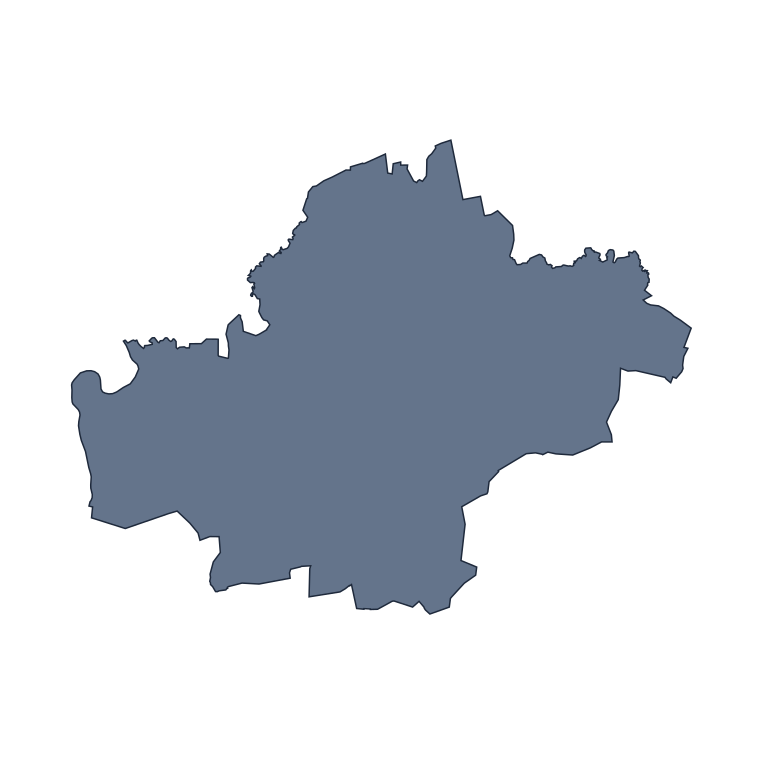 outline of Vārmes pag., Kuldigas, Latvia, rotated 353°
{"feature_id": "27541924B31224104965388", "entity_name": "Vārmes pag.", "entity_type": "district", "adm_level": 2, "iso_a3": "LVA", "parent_name": "Latvia", "parent_adm1": "Kuldigas", "projection": "orthographic", "projection_center": [22.227, 56.858], "detail": "fine", "context": "isolated", "style": "filled", "palette": "slate", "viewbox_px": 768, "rotation_deg": 353, "n_neighbors": 0, "source": "geoboundaries", "source_scale": "gbopen_adm2", "svg_char_len": 6140}
<svg xmlns="http://www.w3.org/2000/svg" viewBox="0 0 768 768"><g transform="rotate(353 384 384)"><path d="M517.9,225.9L511.0,228.9L504.6,229.3L504.1,228.7L502.6,209.5L484.8,210.6L480.1,150.1L469.9,152.1L463.9,154.0L464.1,156.2L459.4,161.3L456.2,163.4L453.9,166.5L452.1,179.0L451.4,182.8L446.9,187.5L444.1,185.6L442.4,186.5L441.0,188.1L438.1,186.1L433.1,173.4L434.1,169.6L427.3,168.8L427.6,165.7L420.0,166.5L417.7,176.5L413.4,175.1L413.4,155.9L391.7,162.7L389.7,162.6L389.6,162.3L377.2,164.4L376.7,167.6L372.3,167.0L357.8,172.3L349.0,175.0L341.0,179.2L337.4,179.4L332.4,184.2L330.7,190.3L329.8,190.8L324.7,201.7L328.6,209.2L326.4,212.9L322.7,213.7L322.2,213.7L321.6,212.7L320.9,212.9L319.4,214.0L319.6,215.2L319.3,215.6L316.6,217.3L316.1,218.4L315.1,218.5L312.7,220.5L311.7,223.4L312.2,224.3L313.5,225.0L313.5,225.5L311.0,227.0L311.5,228.7L311.0,229.6L307.3,228.6L306.6,229.0L306.5,230.0L307.9,232.8L305.9,236.3L304.4,237.6L300.2,238.4L299.4,237.9L298.7,235.7L298.1,235.9L297.8,237.7L296.3,239.3L297.9,240.8L298.0,241.3L297.5,241.9L295.1,240.7L291.0,242.9L290.2,244.6L289.5,244.8L286.0,241.1L283.9,240.6L284.1,242.4L281.9,242.8L280.4,243.7L279.9,244.7L279.6,247.3L279.1,247.9L276.2,248.0L274.9,249.5L276.4,251.7L276.3,252.2L272.1,251.2L270.7,252.3L270.6,253.6L268.0,256.1L266.5,256.1L266.2,254.6L265.5,255.1L264.9,257.9L262.6,259.7L264.9,260.6L264.9,261.0L263.8,261.8L262.0,262.1L261.4,262.6L261.2,264.2L263.7,267.1L266.3,267.2L267.6,267.7L267.8,268.4L267.0,269.0L267.4,272.8L266.8,273.6L265.5,271.4L264.7,272.2L265.4,276.0L265.0,277.0L263.5,277.8L262.6,279.2L262.5,279.8L263.2,280.8L264.1,280.9L264.7,278.9L265.3,278.6L265.9,278.9L266.8,279.6L268.7,283.8L271.0,284.5L270.6,290.2L268.6,296.6L268.9,297.8L270.8,303.1L272.3,305.7L275.8,307.1L277.9,311.3L273.9,315.8L274.0,316.0L266.1,319.4L262.7,320.4L250.8,314.6L250.8,305.0L249.6,300.9L249.9,298.5L248.4,297.6L236.7,306.1L236.3,306.9L233.3,315.3L234.5,324.3L234.2,327.3L234.3,331.3L232.7,339.3L232.0,339.5L223.3,336.2L222.9,335.3L224.9,319.4L224.7,319.3L213.2,317.8L207.7,321.7L196.2,320.4L195.2,324.4L192.1,324.1L190.3,322.8L185.6,322.6L183.3,323.9L182.2,322.5L182.8,316.5L181.4,314.1L180.7,313.6L180.1,313.7L178.6,315.4L177.5,315.8L175.8,314.2L174.8,312.4L174.1,311.7L172.5,311.6L169.8,313.9L167.2,313.8L165.7,315.6L164.8,315.1L161.8,310.1L160.1,309.9L159.1,310.2L156.2,312.6L156.6,313.4L158.9,314.9L158.8,316.4L153.9,316.9L151.3,316.7L150.9,317.1L150.7,318.4L149.7,319.4L147.5,317.3L145.7,314.9L144.8,313.2L144.0,310.4L143.4,310.3L142.5,311.1L140.7,309.9L139.3,310.1L134.8,312.0L133.4,310.4L132.8,309.2L132.2,309.0L130.6,309.7L132.9,314.5L135.0,321.7L135.7,326.0L137.3,329.6L141.4,334.3L142.0,336.1L142.4,339.2L138.0,346.7L132.2,352.9L124.8,355.7L117.5,359.4L113.5,360.5L109.7,360.3L106.1,359.1L103.7,357.5L102.5,354.4L103.0,345.5L102.7,342.5L101.4,339.2L98.3,336.5L94.8,335.1L90.4,334.7L84.0,336.0L77.1,342.0L74.6,344.8L73.8,346.9L73.6,351.9L72.5,359.4L72.3,363.8L72.8,365.9L77.4,372.1L78.4,374.7L78.5,377.7L76.5,384.2L75.7,388.2L76.0,396.9L76.7,403.0L79.5,414.6L80.8,430.8L81.9,437.3L82.1,440.5L80.6,448.5L80.3,451.7L81.0,458.1L80.5,461.2L79.0,464.0L77.9,465.0L76.3,469.2L79.8,470.5L77.4,481.2L109.6,495.9L154.2,486.4L163.2,484.9L174.4,498.5L181.3,509.3L182.3,516.7L192.5,514.2L201.7,515.4L201.0,531.3L192.9,539.8L188.2,551.5L188.2,555.0L187.0,558.6L187.5,560.1L187.4,561.9L189.2,564.2L191.5,569.5L193.3,569.8L195.2,569.2L201.9,569.1L203.0,567.9L203.9,567.8L203.8,566.7L205.0,566.1L218.8,564.3L235.6,567.3L267.2,565.3L267.2,559.9L268.8,556.5L279.0,555.3L279.7,554.9L289.1,555.5L287.8,558.3L283.7,586.1L315.0,585.0L320.6,582.5L325.0,579.8L325.3,580.2L327.3,579.1L329.5,603.5L336.6,605.1L336.7,604.5L342.9,605.6L342.9,606.1L350.2,606.8L365.7,600.6L367.5,600.6L385.2,608.9L392.3,604.0L396.4,610.2L396.8,611.8L397.7,613.5L401.5,617.9L421.6,613.4L423.8,604.9L425.4,603.4L439.4,591.5L451.7,584.9L453.7,577.0L438.9,568.6L447.4,533.1L446.2,515.3L466.3,506.8L472.8,505.5L473.9,503.7L476.4,493.7L487.1,484.9L486.8,483.8L516.7,470.5L526.0,470.8L532.4,473.0L532.9,473.5L538.3,471.6L546.1,474.3L562.7,477.5L581.1,472.5L592.9,468.0L603.3,469.3L603.5,462.0L600.2,448.9L606.4,438.8L614.6,428.1L617.9,413.9L620.7,397.2L627.7,400.9L635.6,401.4L663.7,411.6L664.6,413.3L668.7,417.7L671.6,412.2L674.7,413.9L681.0,408.1L682.7,405.1L682.7,401.6L684.9,393.2L690.0,385.6L686.2,384.2L695.7,366.0L685.9,356.7L680.0,352.0L677.1,348.5L670.9,343.2L666.0,339.9L658.2,338.0L654.6,335.9L651.5,332.2L660.3,329.0L654.0,322.7L657.9,318.0L657.7,316.9L658.3,315.5L659.4,315.4L660.0,312.2L659.2,310.5L659.2,307.8L660.2,307.2L660.0,306.0L658.6,305.8L658.9,305.4L658.4,304.8L659.2,303.6L657.7,303.3L656.5,304.1L655.9,303.6L656.3,302.9L654.5,303.5L653.8,302.5L654.4,300.7L655.4,300.0L653.8,298.2L652.6,298.8L652.0,298.1L653.2,295.1L652.9,293.6L653.4,292.8L653.3,291.9L652.2,290.9L652.0,289.9L652.2,287.6L649.6,283.0L648.2,282.6L646.5,284.1L643.3,282.9L642.8,283.5L642.8,284.2L643.0,286.9L642.4,287.3L641.3,287.1L637.9,287.8L631.5,287.5L630.3,288.3L628.3,291.2L627.2,291.7L626.1,290.8L628.3,284.6L628.3,280.1L627.5,278.9L624.8,278.2L623.0,278.9L621.8,281.1L620.2,282.5L620.1,283.7L621.3,285.1L620.5,285.8L620.8,287.2L620.5,288.1L616.0,289.6L613.1,287.7L613.9,287.5L614.0,286.6L612.6,285.2L612.6,284.7L614.2,282.2L614.1,280.8L610.2,278.8L609.1,278.9L608.6,278.4L608.9,278.0L608.7,277.4L607.7,277.2L606.4,275.7L606.1,274.4L605.5,274.0L600.9,273.8L599.6,275.3L599.3,276.5L599.4,278.1L600.4,280.5L600.0,281.7L599.6,282.0L598.2,280.6L597.6,280.8L596.5,281.4L595.1,283.4L594.1,282.5L593.4,282.4L591.4,283.4L590.1,285.3L587.7,285.3L587.7,285.8L588.7,286.6L588.5,287.0L587.1,287.3L586.7,288.2L586.7,289.5L585.0,290.2L583.2,289.4L581.3,289.4L576.9,287.8L575.7,288.0L574.5,289.0L568.8,288.7L567.8,289.5L565.4,289.8L564.5,288.3L565.2,287.1L563.7,285.6L561.9,285.8L560.2,284.7L560.1,283.4L559.2,281.5L559.0,278.6L557.2,277.2L556.1,275.1L553.9,274.3L544.3,277.2L543.0,279.1L541.6,279.9L540.7,281.4L536.5,280.9L534.2,282.0L530.6,281.8L529.9,280.7L528.7,276.5L527.2,276.1L526.9,274.4L525.5,274.2L525.0,273.7L524.4,272.1L527.8,264.9L530.5,257.0L531.0,251.0L530.9,242.3L517.9,225.9Z" fill="#64748b" stroke="#1e293b" stroke-width="1.5"/></g></svg>